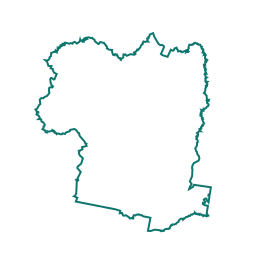 outline of Chau Duc, Bà Rịa - Vũng Tàu, Vietnam, rotated 190°
{"feature_id": "81297802B77796697839152", "entity_name": "Chau Duc", "entity_type": "district", "adm_level": 2, "iso_a3": "VNM", "parent_name": "Vietnam", "parent_adm1": "Bà Rịa - Vũng Tàu", "projection": "orthographic", "projection_center": [107.232, 10.656], "detail": "fine", "context": "isolated", "style": "outline", "palette": "teal", "viewbox_px": 256, "rotation_deg": 190, "n_neighbors": 0, "source": "geoboundaries", "source_scale": "gbopen_adm2", "svg_char_len": 5786}
<svg xmlns="http://www.w3.org/2000/svg" viewBox="0 0 256 256"><g transform="rotate(190 128 128)"><path d="M122.8,223.8L123.0,221.7L123.7,221.3L123.3,220.1L123.9,219.3L124.1,219.7L124.7,219.5L124.0,218.1L124.2,217.4L123.3,216.6L124.8,216.5L126.0,215.7L127.8,215.9L128.4,213.9L128.0,213.4L129.5,211.6L129.9,209.5L131.6,206.6L133.3,207.2L132.7,206.8L133.0,205.0L135.2,203.4L134.7,202.6L133.7,203.2L134.3,202.3L133.6,202.4L133.5,202.0L134.8,201.2L138.4,201.1L141.7,198.9L143.4,200.0L144.1,199.5L145.2,199.7L145.0,196.5L146.8,194.7L146.8,193.8L147.3,193.9L148.0,195.5L149.5,195.4L150.8,197.3L151.8,197.4L151.7,198.4L153.5,198.5L154.2,197.3L155.4,197.5L157.1,200.6L157.2,202.1L160.4,201.9L162.6,202.7L162.5,203.5L163.3,204.9L164.1,205.2L164.6,206.3L165.5,206.5L166.3,207.6L170.4,207.8L171.5,205.6L171.9,205.6L175.7,207.7L176.4,209.2L177.7,209.6L178.8,210.6L180.1,210.0L182.2,210.5L185.3,209.4L185.4,208.7L184.1,208.3L185.8,207.1L186.7,208.3L187.5,207.2L186.5,205.4L187.8,205.1L189.1,206.2L190.1,205.9L190.5,206.7L190.6,204.7L193.0,202.3L195.4,203.6L197.0,202.5L197.3,201.4L199.1,201.7L200.5,200.8L204.9,201.2L205.5,200.4L204.6,199.2L205.1,198.5L205.7,198.7L205.7,199.7L207.0,199.6L206.9,198.4L207.9,198.4L208.9,197.7L209.0,197.0L208.0,197.0L208.6,196.6L208.8,195.5L211.2,195.2L211.1,194.7L209.8,194.5L211.1,193.3L210.6,192.6L211.2,191.8L211.3,190.3L212.9,191.7L213.1,190.2L214.1,190.1L216.7,188.5L216.3,185.5L217.6,183.9L217.3,183.1L217.9,181.6L219.0,180.5L221.1,180.4L219.2,179.2L217.2,175.4L214.1,175.6L214.6,173.5L212.3,173.0L212.2,172.1L210.5,169.7L207.6,168.8L208.9,163.1L209.6,162.9L211.9,164.0L212.7,163.7L213.1,162.6L211.9,158.7L210.5,156.7L209.1,155.9L209.6,154.8L211.3,154.7L212.6,153.7L212.2,150.5L211.5,148.9L213.2,145.6L215.5,144.1L216.6,142.6L218.4,142.5L219.6,141.1L219.8,140.4L218.5,136.3L219.6,135.1L220.9,131.2L222.3,130.2L220.9,128.5L219.1,128.1L219.0,127.5L220.4,127.4L220.4,125.3L218.5,124.9L216.9,123.2L216.6,122.4L217.6,121.2L215.4,121.6L214.7,120.8L214.4,119.4L212.5,118.9L210.5,116.8L210.6,115.7L211.5,114.9L211.1,113.7L212.0,112.0L209.0,111.1L208.5,109.6L207.0,109.5L206.8,110.8L206.0,110.5L202.3,111.9L202.2,112.7L201.1,112.0L200.7,112.5L200.0,112.2L199.6,111.8L200.0,111.0L198.4,110.3L197.7,110.5L197.1,109.6L196.0,110.5L193.3,110.1L192.0,110.4L191.4,111.4L189.1,111.2L188.3,112.8L184.8,114.8L184.7,116.1L180.6,117.7L179.0,117.2L175.9,114.3L175.2,114.3L174.6,112.4L173.4,111.1L168.5,107.2L167.4,105.5L166.1,105.3L166.3,103.6L165.8,103.1L170.0,101.1L169.1,99.1L172.5,96.9L171.7,96.2L172.1,94.8L170.8,92.7L167.2,90.4L167.9,84.8L170.8,81.3L171.0,79.9L166.9,76.4L168.9,69.8L167.5,67.1L169.1,68.4L170.1,67.9L169.2,66.8L167.6,54.4L168.5,51.9L169.2,51.4L165.8,50.5L166.6,46.5L125.9,45.7L121.2,45.1L121.3,42.6L119.1,43.3L117.8,41.1L116.8,40.9L114.9,41.7L112.0,40.5L110.4,39.2L108.2,40.3L107.8,39.7L107.2,39.7L107.0,40.3L107.7,41.0L107.1,43.1L105.7,43.1L104.6,44.2L103.2,44.3L102.4,44.9L100.3,44.2L99.2,44.6L97.9,43.7L90.3,43.5L90.5,30.2L88.0,30.4L84.3,32.4L82.9,32.6L79.2,32.8L78.0,32.3L77.9,32.8L76.9,32.9L76.4,32.4L74.7,33.1L74.7,33.9L73.9,34.7L71.6,35.6L70.8,35.5L70.4,36.1L69.5,36.3L69.3,38.4L68.0,39.7L68.4,40.0L67.5,40.8L65.4,41.1L63.9,42.1L63.6,43.1L62.0,44.2L61.8,46.0L60.4,47.6L59.2,48.2L58.5,47.9L58.0,48.2L57.8,47.4L55.4,50.4L53.5,51.1L53.1,52.1L51.7,52.2L50.8,53.8L49.6,53.9L48.3,55.3L46.7,55.2L46.9,55.8L46.3,55.3L45.8,55.6L45.0,55.1L44.1,55.1L43.9,55.6L42.9,55.1L42.5,55.6L42.3,55.0L40.7,55.6L39.3,54.7L38.6,55.2L38.4,54.5L37.7,55.2L36.2,54.9L35.6,55.9L35.0,54.8L33.7,55.6L35.7,57.7L35.8,65.3L39.2,65.3L41.2,66.3L41.2,67.2L40.4,66.9L39.1,67.9L39.1,68.9L39.7,69.0L40.9,70.6L39.8,71.9L38.5,72.1L38.2,71.1L35.8,68.8L35.9,74.7L36.4,75.8L37.0,75.5L37.1,76.5L35.9,76.9L36.1,84.0L53.1,83.5L53.8,81.3L57.2,78.4L56.9,80.7L55.6,83.9L57.8,86.1L56.5,91.8L57.4,98.7L58.0,99.6L58.0,102.3L57.0,104.9L52.8,108.1L52.4,110.5L53.3,112.6L55.1,114.1L56.0,116.4L56.9,117.1L58.2,119.6L57.0,122.9L57.4,125.5L56.9,125.9L57.1,127.5L58.0,128.9L58.8,129.0L58.8,130.4L58.3,131.1L58.9,131.3L58.3,132.1L58.8,132.2L57.8,133.6L58.4,135.2L58.7,134.7L59.2,135.0L57.2,137.3L56.2,137.4L57.0,137.8L57.2,138.7L56.5,139.3L57.1,139.5L55.8,140.4L56.3,141.4L54.7,143.2L55.4,143.6L53.9,145.6L56.3,149.1L55.7,149.7L56.3,150.1L56.2,150.7L57.0,150.7L57.0,151.4L57.7,152.1L57.5,152.8L58.3,153.4L58.9,153.1L59.0,154.3L58.2,154.0L57.9,155.0L58.1,155.8L58.8,156.4L58.7,157.5L58.0,157.7L58.7,158.5L56.6,158.3L56.9,160.2L56.0,160.2L54.6,161.2L53.9,162.8L52.8,163.6L52.7,165.3L54.6,166.5L54.7,167.9L54.1,168.2L54.6,168.5L53.3,168.8L53.2,169.6L54.1,169.1L54.6,169.9L55.3,169.8L56.2,173.5L57.7,174.6L58.1,175.4L59.2,175.5L58.4,178.4L58.7,180.6L58.1,181.4L58.8,183.1L58.3,183.6L58.0,182.6L57.6,182.9L57.5,185.2L58.7,186.2L57.8,187.3L58.9,187.3L58.7,188.0L59.4,187.1L59.9,187.4L60.0,189.4L60.5,190.0L59.2,191.4L60.2,191.5L61.2,193.7L61.9,194.1L61.8,194.6L61.0,194.5L61.2,195.5L60.4,195.4L61.7,197.4L61.6,198.5L62.9,197.8L61.5,199.3L62.6,200.1L62.5,200.9L63.3,200.8L64.2,203.4L62.9,203.4L63.5,206.7L62.9,207.3L63.0,206.5L62.5,206.5L62.0,208.2L62.7,208.4L62.1,208.8L64.2,209.8L64.6,212.6L64.1,213.1L64.8,214.2L65.8,213.5L65.6,214.3L66.3,214.5L66.3,215.2L67.2,215.3L66.7,215.8L67.7,216.8L67.2,217.4L67.6,218.6L69.0,218.8L69.5,219.5L69.4,220.6L69.9,220.4L71.3,222.5L73.0,222.3L73.4,222.9L74.0,222.8L74.5,223.2L74.8,222.8L76.4,223.6L77.5,223.3L77.8,222.3L78.9,221.8L78.7,221.4L79.7,220.8L82.1,220.7L82.4,217.5L82.0,216.9L82.5,215.9L82.3,214.2L81.6,213.9L82.1,213.2L83.2,213.3L84.0,212.6L84.0,214.7L87.8,212.0L88.5,212.7L89.2,212.3L89.9,212.9L92.0,212.1L92.9,214.0L93.9,214.6L94.1,215.5L95.8,214.6L96.7,212.1L97.7,211.9L99.4,212.5L101.4,205.0L106.7,205.7L108.4,206.5L106.6,213.8L107.1,215.0L109.0,215.7L110.6,215.2L112.7,216.3L117.8,222.3L119.8,225.8L122.8,223.8Z" fill="none" stroke="#0f766e" stroke-width="2"/></g></svg>